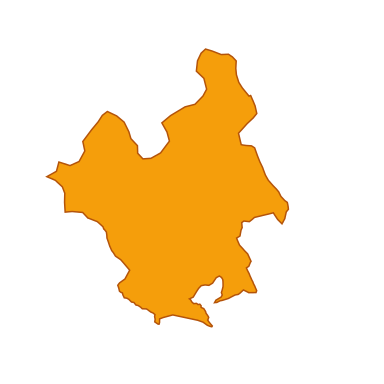 Mylikouri, Nicosia, Cyprus, rotated 317°
{"feature_id": "46923920B19881543279373", "entity_name": "Mylikouri", "entity_type": "district", "adm_level": 2, "iso_a3": "CYP", "parent_name": "Cyprus", "parent_adm1": "Nicosia", "projection": "natural_earth1", "projection_center": [32.723, 34.946], "detail": "fine", "context": "isolated", "style": "filled", "palette": "amber", "viewbox_px": 384, "rotation_deg": 317, "n_neighbors": 0, "source": "geoboundaries", "source_scale": "gbopen_adm2", "svg_char_len": 3593}
<svg xmlns="http://www.w3.org/2000/svg" viewBox="0 0 384 384"><g transform="rotate(317 192 192)"><path d="M302.9,102.7L299.4,96.7L293.3,96.7L285.5,99.8L277.6,106.6L278.2,117.0L272.8,126.8L265.5,129.3L254.0,129.9L245.0,125.0L228.4,121.5L217.1,120.9L214.6,131.1L210.2,139.4L195.7,142.0L185.0,139.4L178.7,134.3L178.7,126.6L183.7,120.9L183.7,111.3L186.9,104.9L190.0,94.6L188.8,85.0L185.0,75.4L178.7,74.8L171.2,76.7L161.1,78.0L146.6,80.6L141.6,88.9L130.2,92.7L120.8,89.5L115.1,79.3L107.0,84.4L96.3,81.8L100.0,90.2L100.3,94.4L100.7,99.8L98.1,106.2L96.4,107.9L91.8,112.6L85.5,120.2L85.6,120.3L88.6,122.6L91.1,124.6L96.4,130.5L98.1,132.4L98.1,132.8L98.1,136.2L98.1,140.1L98.4,140.5L102.5,149.0L102.7,150.6L103.2,156.7L102.2,158.9L102.4,159.2L102.1,162.8L100.4,165.3L98.4,167.7L97.6,169.6L96.8,171.4L95.0,175.3L94.9,175.5L94.3,177.3L93.3,180.1L93.3,180.3L93.1,182.8L92.3,186.7L93.6,192.4L93.7,193.2L93.6,196.4L93.1,206.7L88.6,208.2L83.6,209.9L77.4,209.1L77.0,209.1L75.5,209.3L74.1,209.6L72.9,212.3L71.3,215.1L71.6,217.0L72.3,218.3L71.3,220.1L70.3,223.2L71.9,225.2L72.6,227.4L72.7,231.2L74.2,233.2L73.9,236.4L75.2,238.3L75.9,241.3L76.0,243.5L79.0,246.5L80.0,251.7L81.0,253.9L81.3,256.4L79.7,257.6L78.3,259.9L76.2,261.6L77.0,265.3L77.7,266.2L77.9,266.2L79.4,265.2L80.5,264.0L81.8,262.7L85.4,264.2L94.1,268.8L108.7,289.7L111.3,294.7L112.3,299.8L112.8,301.0L113.7,302.8L114.5,304.0L114.8,304.1L115.5,303.8L115.6,300.9L115.8,298.4L116.1,296.4L116.3,296.4L118.7,295.1L119.0,294.1L119.3,292.5L119.6,290.2L120.3,288.9L120.4,288.7L121.1,285.3L120.1,283.0L120.0,282.5L121.1,281.4L121.2,279.4L119.6,278.4L119.4,276.7L119.2,276.4L117.1,274.8L116.9,272.2L117.5,269.8L117.2,268.4L121.2,269.7L127.1,268.0L131.1,267.0L134.9,266.8L138.2,268.9L140.7,271.8L144.9,272.7L151.3,271.2L154.7,272.1L155.3,274.6L154.8,277.0L153.6,278.6L151.2,281.3L150.1,282.4L149.8,282.6L146.7,284.6L144.9,285.6L143.9,287.9L143.8,288.0L141.6,288.7L138.1,287.9L137.4,287.8L135.8,287.4L133.0,288.3L133.7,288.8L134.8,289.7L136.6,290.2L138.3,290.7L140.0,291.8L143.5,293.5L146.0,294.7L149.8,295.7L150.1,295.8L152.9,296.6L153.6,296.9L155.9,298.4L158.1,298.7L162.8,298.7L164.7,303.8L164.7,304.0L164.9,304.4L170.2,309.2L172.0,308.3L172.7,306.4L172.9,305.7L173.7,303.7L174.4,301.1L175.4,298.7L175.6,297.6L175.9,296.7L176.1,296.2L177.2,292.9L178.1,290.7L179.0,287.4L180.0,284.6L180.3,284.6L182.8,285.1L186.7,283.3L187.9,283.0L189.5,278.2L190.5,275.2L190.4,271.2L190.4,270.3L190.5,268.2L190.5,263.4L191.1,261.6L192.3,258.2L193.2,256.1L193.6,256.2L197.1,256.9L197.6,256.5L201.9,253.3L204.3,252.3L204.3,252.2L204.5,252.1L207.5,248.3L210.1,248.6L213.7,252.8L217.1,253.1L220.3,253.2L220.6,253.3L221.4,253.8L222.5,254.4L226.7,256.8L227.3,257.1L232.9,260.3L237.3,262.7L236.8,265.2L235.9,270.6L236.0,273.2L236.1,276.6L236.3,276.5L237.7,276.2L238.1,276.0L240.1,275.3L241.7,274.8L242.2,274.4L247.3,270.9L249.0,270.6L250.7,270.4L250.8,270.3L252.3,268.3L253.6,266.3L254.6,264.6L254.0,261.5L254.0,255.9L255.5,251.0L255.7,247.5L255.7,247.2L255.6,242.6L255.8,235.5L257.2,229.7L259.5,224.1L260.2,222.6L260.5,221.7L261.0,220.1L262.3,215.9L262.6,215.2L264.0,211.6L264.6,210.1L266.8,205.0L267.9,202.5L267.3,200.0L267.0,198.9L266.7,198.5L263.4,195.0L261.2,192.3L260.3,190.9L262.5,187.0L264.0,184.4L266.1,180.7L271.3,180.3L273.5,180.1L279.0,179.6L279.7,179.6L284.4,179.6L287.2,179.6L292.9,178.8L296.7,172.3L296.8,172.2L297.5,170.3L298.7,167.2L299.4,165.1L300.7,161.5L300.7,161.4L299.1,160.8L299.4,155.9L299.8,150.0L301.0,143.7L304.4,136.6L308.3,131.5L313.7,126.3L313.7,120.8L312.6,116.1L307.1,111.4L302.9,102.7Z" fill="#f59e0b" stroke="#b45309" stroke-width="1.5"/></g></svg>